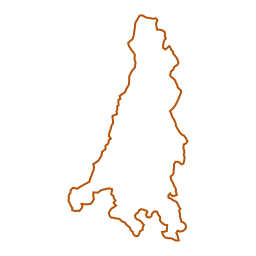 outline of Brejetuba, Espírito Santo, Brazil
{"feature_id": "56859067B87689209287898", "entity_name": "Brejetuba", "entity_type": "district", "adm_level": 2, "iso_a3": "BRA", "parent_name": "Brazil", "parent_adm1": "Espírito Santo", "projection": "albers", "projection_center": [-41.297, -20.107], "detail": "fine", "context": "isolated", "style": "outline", "palette": "amber", "viewbox_px": 256, "rotation_deg": 0, "n_neighbors": 0, "source": "geoboundaries", "source_scale": "gbopen_adm2", "svg_char_len": 3429}
<svg xmlns="http://www.w3.org/2000/svg" viewBox="0 0 256 256"><path d="M142.4,15.4L139.6,15.6L135.4,22.8L133.8,35.3L132.5,39.2L130.3,40.8L128.1,43.1L129.0,46.2L131.3,49.7L134.1,53.3L134.9,55.1L134.6,57.1L134.6,59.5L135.6,62.7L135.2,65.0L134.7,67.8L132.0,70.8L130.6,73.6L129.6,75.3L129.2,77.1L129.3,79.1L128.9,84.5L128.0,86.3L126.2,89.1L125.4,91.6L124.0,93.1L122.2,94.0L119.6,96.0L120.5,98.8L118.5,99.7L118.4,102.6L118.6,105.2L117.2,106.5L117.4,109.2L116.5,111.2L117.0,114.2L112.5,115.9L112.6,118.0L113.0,121.2L113.0,123.3L111.6,125.4L110.9,128.2L110.1,130.7L109.2,133.4L108.9,136.2L110.9,138.6L109.0,139.9L108.1,143.8L105.5,145.6L105.4,149.3L102.1,151.7L101.5,155.6L99.5,159.0L98.2,160.8L95.5,162.8L93.2,164.2L94.1,167.6L93.4,170.5L92.3,173.1L91.7,175.2L90.7,177.1L89.4,181.7L86.0,183.6L84.0,184.6L79.5,187.2L77.3,188.8L73.1,187.7L70.7,190.1L70.4,193.2L69.0,194.6L68.8,196.5L68.8,198.7L68.5,200.8L70.0,203.9L71.2,206.4L72.4,208.2L72.0,210.0L75.0,211.1L77.5,210.6L79.3,211.1L81.4,208.6L82.5,206.5L81.6,203.9L86.6,204.4L88.6,204.1L90.9,203.7L92.7,201.5L93.9,198.9L93.2,195.2L93.4,192.4L95.8,192.5L97.8,192.7L99.9,191.1L101.9,189.9L104.1,189.5L106.6,188.8L109.5,188.3L112.2,189.4L111.9,191.2L111.2,194.3L113.3,195.8L114.0,198.5L115.5,200.5L113.6,202.7L114.7,204.3L116.1,205.5L113.8,207.2L111.6,208.4L109.9,210.8L108.9,212.7L109.2,214.9L110.7,217.3L112.9,217.7L116.6,218.5L119.4,218.9L121.9,221.3L124.9,222.5L126.4,224.7L128.6,226.5L130.0,227.8L131.0,230.4L132.7,231.8L133.4,234.1L135.2,235.9L137.6,236.2L139.0,234.3L140.0,231.2L142.7,229.8L142.8,226.9L143.9,224.9L142.3,223.0L140.6,221.1L138.7,219.9L137.0,219.4L135.5,217.8L134.9,215.5L136.3,213.6L138.2,212.5L139.0,210.4L141.1,209.1L143.5,209.7L146.0,210.6L147.5,211.8L146.0,214.4L146.9,217.0L149.2,217.5L151.3,216.5L152.2,213.5L154.2,211.4L157.1,211.7L158.2,214.6L160.1,216.9L160.0,220.4L161.4,222.3L164.5,224.7L167.2,225.1L167.0,227.6L166.8,231.1L164.6,231.6L162.0,232.0L163.0,235.0L165.2,237.5L167.9,238.2L171.4,238.3L173.8,239.5L176.0,240.6L178.8,240.4L178.2,238.4L177.5,235.5L176.3,232.9L177.6,230.7L179.9,231.6L182.7,231.0L184.3,230.0L186.0,227.8L185.9,225.7L185.1,223.8L183.4,222.5L181.3,221.7L180.9,219.7L180.1,216.9L180.0,213.7L179.1,210.8L180.4,208.9L178.9,206.7L178.0,204.4L176.4,201.8L173.2,200.3L170.9,198.6L168.5,197.8L168.4,195.3L170.2,193.5L171.3,195.2L173.0,196.2L175.1,195.5L176.9,194.9L175.8,191.5L175.9,188.9L174.2,186.0L173.0,183.1L171.3,180.0L170.6,176.5L172.6,174.7L173.7,172.8L173.6,170.2L174.1,167.5L174.0,164.3L175.5,161.8L178.1,161.8L180.0,163.0L181.6,164.4L183.5,163.4L184.3,160.0L184.6,157.1L183.7,155.2L184.3,152.8L184.1,150.4L183.3,147.7L183.8,144.4L186.1,143.4L187.5,141.3L185.6,137.7L184.0,135.6L182.3,134.9L180.5,133.3L179.1,131.4L177.3,128.3L176.1,126.2L175.6,123.4L174.3,120.1L173.0,118.0L171.6,115.3L171.0,112.8L169.9,111.2L171.7,109.5L173.4,107.8L175.1,105.6L177.1,101.9L178.9,98.0L180.0,95.1L180.9,93.2L181.1,90.6L179.2,89.0L177.6,87.1L177.2,85.0L176.1,82.9L175.1,80.4L172.9,78.1L171.1,76.9L170.1,75.1L171.0,71.5L173.4,69.4L174.0,67.2L175.6,66.0L177.6,64.7L178.5,62.3L177.4,59.6L176.6,57.8L174.7,55.3L173.1,53.5L173.1,51.6L171.3,50.0L170.6,48.0L169.3,46.1L167.5,47.6L165.6,49.4L163.2,48.0L163.0,46.1L163.5,42.8L164.6,39.8L165.9,38.5L164.9,36.4L165.0,34.2L164.6,31.8L161.7,30.1L159.9,29.7L157.0,29.6L156.6,27.0L156.0,23.7L157.4,19.8L155.7,18.2L153.0,18.8L150.1,18.1L146.3,17.6L142.4,15.4Z" fill="none" stroke="#b45309" stroke-width="2"/></svg>